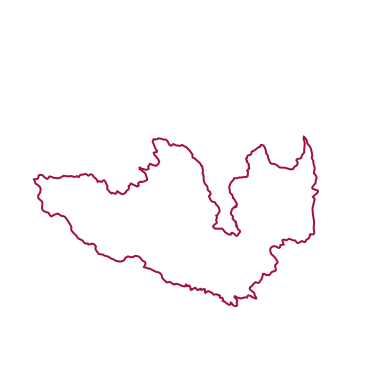 Formoso, Minas Gerais, Brazil, rotated 315°
{"feature_id": "56859067B40805463906260", "entity_name": "Formoso", "entity_type": "district", "adm_level": 2, "iso_a3": "BRA", "parent_name": "Brazil", "parent_adm1": "Minas Gerais", "projection": "equal_earth", "projection_center": [-46.096, -15.072], "detail": "fine", "context": "isolated", "style": "outline", "palette": "rose", "viewbox_px": 384, "rotation_deg": 315, "n_neighbors": 0, "source": "geoboundaries", "source_scale": "gbopen_adm2", "svg_char_len": 6068}
<svg xmlns="http://www.w3.org/2000/svg" viewBox="0 0 384 384"><g transform="rotate(315 192 192)"><path d="M202.1,127.5L199.7,128.6L196.6,136.2L196.3,138.3L195.4,138.8L192.7,137.1L191.8,138.6L191.3,144.9L190.1,147.6L187.8,148.4L185.1,148.1L183.7,145.8L182.2,142.3L181.2,142.8L179.2,142.8L177.8,145.0L176.0,144.4L174.9,143.4L173.8,141.3L172.6,139.8L172.8,138.3L172.0,137.7L171.1,138.8L171.5,140.1L172.2,145.3L171.8,146.7L169.4,151.3L168.6,151.8L164.9,150.3L163.4,149.2L162.9,148.2L161.4,147.8L159.9,147.9L158.8,149.9L157.1,149.4L154.8,142.8L153.1,143.3L151.5,142.9L150.7,144.2L148.7,145.3L146.0,144.8L144.9,145.5L141.8,144.9L140.8,143.7L139.6,138.6L137.9,139.3L136.8,139.3L134.7,135.8L134.0,135.9L133.8,134.2L134.1,130.6L134.6,129.3L136.1,128.5L138.0,123.6L138.2,121.7L137.5,121.0L135.8,121.1L134.8,120.4L134.1,118.7L132.5,118.2L133.5,115.2L133.2,111.9L133.6,109.8L133.4,108.6L133.0,107.8L130.3,107.2L129.7,104.2L124.9,100.9L122.5,101.4L121.9,99.5L119.8,98.5L117.5,94.9L115.6,93.6L112.8,89.8L108.3,88.5L106.9,87.5L104.1,84.0L102.8,80.8L101.8,80.2L99.8,80.7L98.9,80.4L98.3,78.5L98.1,74.7L97.5,73.1L95.7,71.9L94.8,72.1L93.7,73.1L92.6,73.4L91.6,73.2L89.2,71.3L87.4,75.4L88.0,78.8L88.0,80.7L87.3,82.7L84.3,85.0L80.8,85.7L79.0,87.6L79.1,93.0L77.9,94.5L74.3,97.5L73.7,98.8L73.7,100.3L74.4,102.6L75.8,105.2L75.1,108.3L75.4,110.0L78.6,110.7L81.6,112.2L82.0,112.9L82.9,117.0L83.6,117.5L84.5,119.3L84.3,122.6L82.4,130.4L81.7,131.8L80.1,133.0L79.5,134.4L79.2,137.4L79.4,140.3L78.7,144.5L80.1,148.3L80.3,149.2L79.9,150.9L80.3,153.3L81.9,154.6L81.6,155.6L82.8,156.9L84.7,157.7L85.6,159.1L85.8,161.3L85.5,162.7L84.2,163.2L83.4,164.1L82.8,166.0L82.3,170.1L84.9,173.5L85.0,175.0L87.0,178.2L87.8,181.9L89.0,184.5L89.5,187.0L91.8,190.1L92.6,190.9L95.6,192.3L98.4,191.4L101.1,192.2L103.0,195.3L104.9,196.6L106.4,196.7L107.8,198.4L108.6,199.9L108.9,201.1L108.5,206.1L109.3,208.3L108.8,209.4L108.1,210.0L105.0,211.0L106.8,214.7L108.1,216.8L109.9,222.5L111.7,225.6L112.0,226.8L112.0,228.7L110.0,232.1L110.2,238.1L112.5,239.6L113.3,241.9L113.2,243.0L113.8,243.8L114.1,245.1L115.1,245.2L116.8,246.7L118.2,250.7L119.7,253.2L120.5,253.9L121.4,253.3L122.4,253.2L122.4,254.3L121.8,254.8L122.3,255.6L123.8,255.9L123.6,257.9L122.5,259.2L122.0,260.6L122.7,260.9L123.5,260.5L124.2,261.2L126.6,262.0L126.5,265.1L127.2,265.7L129.4,266.2L130.0,267.0L129.4,267.7L130.2,268.6L131.6,268.9L132.3,269.9L130.7,271.6L130.2,272.8L133.4,273.5L135.0,277.9L134.6,279.0L134.8,280.0L137.1,281.7L137.4,283.0L138.2,283.7L138.4,285.0L137.3,285.6L137.3,287.1L138.4,287.8L138.5,288.7L137.4,291.1L136.8,290.9L137.6,293.2L137.9,296.5L138.8,298.4L139.8,298.6L141.2,297.7L141.5,299.0L141.0,300.2L141.1,301.4L141.8,303.2L142.6,303.9L143.4,304.1L144.3,303.6L145.2,301.9L147.5,300.6L147.7,296.3L148.8,296.1L149.4,298.5L151.4,302.0L155.0,303.9L156.3,305.6L158.2,304.8L159.1,305.3L160.2,307.6L160.1,308.7L160.5,309.7L161.6,312.2L162.2,312.7L162.9,311.5L163.2,309.6L164.6,307.4L164.5,305.5L164.1,304.0L164.2,301.4L165.7,300.3L167.2,300.9L169.8,300.5L173.1,300.7L174.3,302.9L175.6,303.6L180.8,302.3L184.3,300.1L185.0,300.6L185.8,303.1L187.5,305.2L188.6,305.4L191.3,305.0L192.4,305.2L195.1,306.6L196.1,306.5L198.5,303.1L199.3,302.5L202.2,302.5L202.9,302.2L203.4,301.4L204.1,298.2L204.4,295.3L204.2,291.9L205.4,289.3L206.3,288.3L207.6,287.4L208.7,287.2L210.9,287.7L211.7,288.4L213.0,290.1L213.4,292.2L214.1,293.1L215.0,293.3L216.9,292.1L219.7,294.0L221.2,290.8L222.0,290.0L223.3,290.6L224.5,292.8L227.3,293.7L228.0,294.4L229.2,297.4L230.6,299.1L230.4,301.9L230.8,303.0L232.3,303.8L235.1,304.4L235.8,306.7L236.7,307.4L238.6,306.7L241.5,307.3L242.5,307.1L244.4,306.4L245.3,305.4L246.0,305.7L246.7,306.8L247.7,307.5L248.7,307.8L249.6,307.4L252.2,303.9L257.2,299.5L262.3,292.5L265.8,288.6L273.6,283.9L273.9,282.9L274.1,280.8L279.1,281.3L281.3,280.9L282.0,280.0L279.7,275.2L279.9,274.0L281.1,273.5L285.5,273.1L287.6,271.4L290.0,270.2L290.8,268.9L291.3,267.4L291.5,264.8L295.7,261.9L298.1,257.6L299.5,256.2L300.7,252.7L302.6,251.4L303.8,250.1L306.6,245.7L307.5,243.2L307.9,239.4L309.6,236.6L310.0,235.1L310.3,233.0L310.1,232.1L308.7,233.1L306.2,237.3L301.0,241.6L299.3,243.4L295.5,243.8L293.7,245.0L292.7,245.1L289.9,243.2L288.4,243.2L287.9,244.0L287.9,245.3L287.3,246.2L286.4,246.7L284.4,247.3L282.9,246.6L279.4,247.2L277.5,245.4L275.0,240.8L271.3,236.6L270.9,232.5L269.8,229.9L268.2,228.3L267.9,227.2L269.7,222.1L270.9,220.7L271.5,219.3L271.9,216.8L272.6,216.3L274.7,212.6L275.4,210.4L275.3,209.3L274.7,208.3L274.0,207.4L272.1,208.2L270.7,207.3L265.7,206.8L262.8,205.7L260.5,207.1L259.4,206.9L257.4,205.8L256.2,205.9L254.8,206.8L253.8,206.6L253.2,207.6L253.1,208.7L252.3,209.1L251.7,212.9L249.9,214.2L249.5,215.5L248.8,216.1L247.1,215.7L245.9,216.1L246.0,217.2L242.6,220.1L240.7,219.6L239.7,218.5L236.6,216.2L236.1,215.4L233.9,214.3L231.3,212.0L230.3,212.6L226.0,212.9L222.6,214.3L221.1,215.5L220.8,216.4L218.5,219.1L218.2,220.8L218.4,222.1L218.0,223.6L216.6,225.5L217.0,226.3L215.4,232.2L214.4,232.8L213.3,232.7L212.9,233.8L212.1,233.7L211.5,232.6L209.0,232.5L207.7,232.7L204.5,234.4L203.8,235.8L203.9,237.5L203.6,238.4L201.9,239.5L201.7,241.1L202.0,243.8L201.3,244.1L201.2,245.4L200.3,246.0L199.9,247.5L199.2,247.3L199.0,248.8L198.1,250.7L198.5,253.3L197.6,254.2L193.0,254.9L192.3,254.0L192.1,250.6L191.7,249.7L191.0,248.9L189.1,249.5L187.9,247.9L187.0,243.7L187.5,239.3L182.6,234.5L182.1,232.6L182.5,231.3L184.4,230.9L187.4,231.4L188.4,230.8L188.6,229.8L189.2,228.9L191.9,227.6L192.4,225.8L193.8,226.2L197.5,225.3L198.3,224.7L199.9,222.0L200.3,219.7L200.1,217.9L200.9,216.2L200.7,214.9L199.4,212.9L199.4,211.3L200.9,207.0L203.3,206.8L204.3,206.0L204.9,204.3L204.5,202.8L204.8,201.5L206.8,198.8L207.0,195.0L208.6,192.0L211.1,189.3L212.5,187.4L212.6,186.2L214.5,185.1L217.5,180.8L217.2,179.8L218.0,177.5L217.6,169.9L216.8,168.2L217.6,167.0L218.7,166.1L219.7,160.9L219.5,159.9L219.8,157.1L218.2,151.6L216.5,151.2L214.5,148.8L213.7,147.7L212.6,144.8L210.2,144.7L209.6,143.8L209.4,142.4L210.7,138.6L210.5,136.4L208.8,134.6L207.9,132.6L206.3,130.4L204.8,130.0L203.3,129.1L202.1,127.5Z" fill="none" stroke="#9f1239" stroke-width="2"/></g></svg>